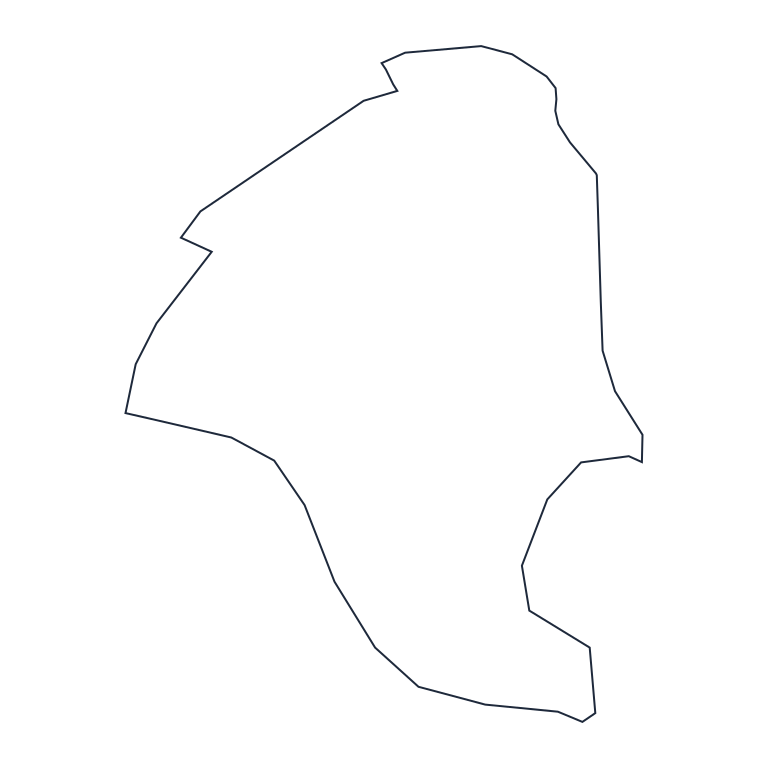 outline of Plužine
{"feature_id": "MNE-1515", "entity_name": "Plužine", "entity_type": "Municipality", "adm_level": 1, "iso_a3": "MNE", "parent_name": "Montenegro", "parent_adm1": "", "projection": "natural_earth1", "projection_center": [18.878, 43.143], "detail": "fine", "context": "isolated", "style": "outline", "palette": "slate", "viewbox_px": 768, "rotation_deg": 0, "n_neighbors": 0, "source": "natural_earth", "source_scale": "10m", "svg_char_len": 680}
<svg xmlns="http://www.w3.org/2000/svg" viewBox="0 0 768 768"><path d="M481.2,46.1L512.2,54.3L546.6,76.5L555.6,88.1L556.4,99.2L555.3,110.8L558.4,124.3L570.0,142.4L596.0,173.5L596.7,175.0L596.8,175.5L597.9,208.2L600.8,302.2L602.6,350.7L615.0,391.2L642.5,434.8L641.9,462.1L628.8,456.2L581.1,462.4L547.3,499.4L521.9,565.7L529.3,610.6L589.7,647.6L595.3,713.1L582.4,721.9L557.9,711.7L485.2,704.6L418.5,686.8L375.1,647.6L334.5,581.7L304.6,505.1L274.2,460.6L231.3,437.5L148.4,418.3L125.5,413.1L135.7,364.2L156.5,323.3L211.7,251.8L180.9,237.7L200.4,211.4L363.6,100.8L397.3,90.9L393.2,84.4L385.9,69.5L381.6,63.1L405.1,52.7L481.2,46.1Z" fill="none" stroke="#1e293b" stroke-width="2"/></svg>